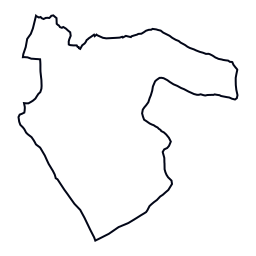 Awe, Nassarawa, Nigeria (Robinson projection)
{"feature_id": "59680162B80791368745463", "entity_name": "Awe", "entity_type": "district", "adm_level": 2, "iso_a3": "NGA", "parent_name": "Nigeria", "parent_adm1": "Nassarawa", "projection": "robinson", "projection_center": [9.241, 8.214], "detail": "fine", "context": "isolated", "style": "outline", "palette": "ink", "viewbox_px": 256, "rotation_deg": 0, "n_neighbors": 0, "source": "geoboundaries", "source_scale": "gbopen_adm2", "svg_char_len": 3526}
<svg xmlns="http://www.w3.org/2000/svg" viewBox="0 0 256 256"><path d="M146.1,212.1L147.3,210.4L149.5,206.1L151.3,204.4L153.9,202.2L156.9,200.0L160.2,196.5L162.8,194.8L165.7,192.2L168.3,190.0L172.0,184.0L171.5,180.6L168.1,177.3L166.5,174.8L165.4,172.2L164.6,169.3L164.5,163.4L164.4,162.5L164.3,157.9L162.7,152.0L164.2,149.4L167.2,148.0L169.0,145.9L170.8,141.6L168.9,137.8L166.2,134.5L163.9,132.4L161.9,131.4L161.2,131.0L160.7,130.2L160.5,129.9L158.8,128.8L157.6,127.5L155.4,126.4L153.7,125.2L152.0,124.6L149.7,123.5L148.0,122.3L146.3,121.1L144.1,119.7L142.9,116.4L142.6,115.2L142.1,113.4L142.8,109.6L144.3,107.4L146.1,105.3L148.3,102.3L149.7,98.0L150.8,95.4L152.2,90.7L152.9,86.5L154.0,83.9L155.1,81.3L156.5,80.0L159.5,77.9L161.4,77.8L163.6,78.2L167.4,80.2L169.7,81.9L173.5,84.3L177.3,85.9L181.1,88.0L184.1,89.2L188.6,91.6L191.3,92.8L193.9,94.0L197.0,94.8L198.8,94.8L200.7,94.3L203.3,95.1L205.2,95.5L207.5,95.0L210.9,94.9L213.5,94.9L214.6,94.4L216.8,94.8L219.5,95.2L221.0,96.0L226.7,97.1L229.3,97.5L231.9,98.7L235.0,99.5L236.8,98.2L237.5,95.2L236.3,89.7L235.8,85.1L235.7,81.2L235.7,77.9L236.4,74.0L237.3,69.8L236.8,68.9L235.4,67.3L233.4,64.7L232.3,62.1L231.3,61.9L230.0,61.9L228.1,60.6L225.6,60.3L223.1,59.9L221.8,59.5L218.6,58.9L217.9,58.6L216.9,58.1L215.4,57.5L214.1,56.6L212.9,55.8L212.2,55.4L209.8,54.2L208.5,53.8L206.0,53.9L202.9,52.7L199.9,51.9L196.8,50.7L195.8,50.3L194.2,49.5L189.7,47.9L187.4,46.7L185.2,45.1L183.6,44.2L180.6,42.6L178.7,41.0L175.7,39.8L172.2,37.8L169.6,35.8L165.8,33.9L163.2,32.6L160.7,30.6L158.1,30.0L156.2,29.4L152.5,28.9L151.3,29.7L148.8,29.8L146.7,30.5L146.3,30.6L145.9,30.8L143.9,32.2L141.4,33.7L138.3,33.9L137.1,34.6L136.1,34.9L134.0,35.5L131.5,36.3L130.9,37.1L127.4,36.3L125.9,35.9L124.1,36.8L123.6,37.1L122.8,37.5L122.2,36.8L119.7,37.6L116.6,37.8L112.9,38.0L107.3,38.3L106.0,38.3L102.9,37.8L97.1,35.2L96.5,34.6L94.8,36.0L94.7,36.1L94.0,34.7L90.9,36.9L88.5,38.5L87.9,39.2L86.7,40.0L85.6,42.2L84.6,43.5L82.2,45.3L81.6,46.4L80.2,48.9L78.9,48.2L78.6,47.0L77.6,46.9L76.7,45.4L75.7,45.4L73.3,45.4L70.1,45.1L68.8,44.5L68.7,41.6L69.2,39.5L69.8,38.0L70.7,35.8L70.4,33.7L70.2,32.3L68.2,30.7L65.9,28.6L64.3,27.6L63.2,27.0L61.9,27.8L60.0,27.1L58.8,25.4L58.0,25.0L56.7,23.8L56.6,20.9L56.5,18.1L54.8,16.7L53.3,15.4L51.3,15.8L50.3,17.1L49.2,18.0L47.7,17.8L45.8,17.9L45.2,18.2L43.6,19.0L41.7,18.2L40.6,17.0L38.9,17.5L36.4,16.2L36.0,15.8L32.9,28.4L30.8,33.9L27.2,38.9L25.7,47.1L23.3,54.2L22.9,57.2L24.3,57.1L25.5,57.2L26.8,57.3L27.2,57.3L27.4,57.3L31.3,58.7L33.4,58.8L35.7,59.0L37.6,59.1L40.1,59.3L40.2,60.6L40.3,61.9L40.4,64.4L40.4,69.0L40.4,69.4L40.5,72.0L40.6,72.8L41.1,77.5L41.4,80.0L41.5,83.0L41.6,86.0L41.4,88.7L40.9,90.3L40.3,92.1L39.8,92.6L38.2,94.1L37.6,95.1L36.8,96.3L36.3,97.1L35.4,98.6L33.5,100.2L32.9,100.7L31.3,101.7L28.5,103.3L25.8,103.3L24.0,103.1L24.8,107.0L24.8,108.4L24.6,110.9L24.3,112.6L21.9,113.8L19.7,114.6L18.5,117.1L19.2,121.7L20.3,124.8L23.0,127.5L24.3,129.2L24.8,130.1L26.1,132.6L27.7,134.2L29.5,135.6L31.5,137.1L33.3,139.7L33.7,140.3L34.7,142.0L35.9,144.3L36.3,144.7L37.5,145.6L39.5,147.1L40.1,147.6L40.8,148.7L42.1,150.9L43.8,153.8L44.8,155.5L47.0,160.4L48.7,164.0L50.1,166.3L50.9,167.6L51.3,168.3L52.9,170.9L54.2,173.5L54.7,174.5L55.5,177.2L55.7,178.2L57.5,179.3L59.2,181.9L64.3,189.7L67.6,194.2L69.2,196.5L74.4,203.8L80.3,210.0L80.8,211.0L84.5,217.8L90.4,230.1L94.2,237.5L94.4,238.1L95.3,240.6L97.3,239.6L97.8,239.4L105.3,235.6L108.7,233.9L118.6,227.1L128.4,223.0L136.3,218.2L139.3,216.3L140.7,215.4L143.9,213.5L146.1,212.1Z" fill="none" stroke="#020617" stroke-width="2"/></svg>